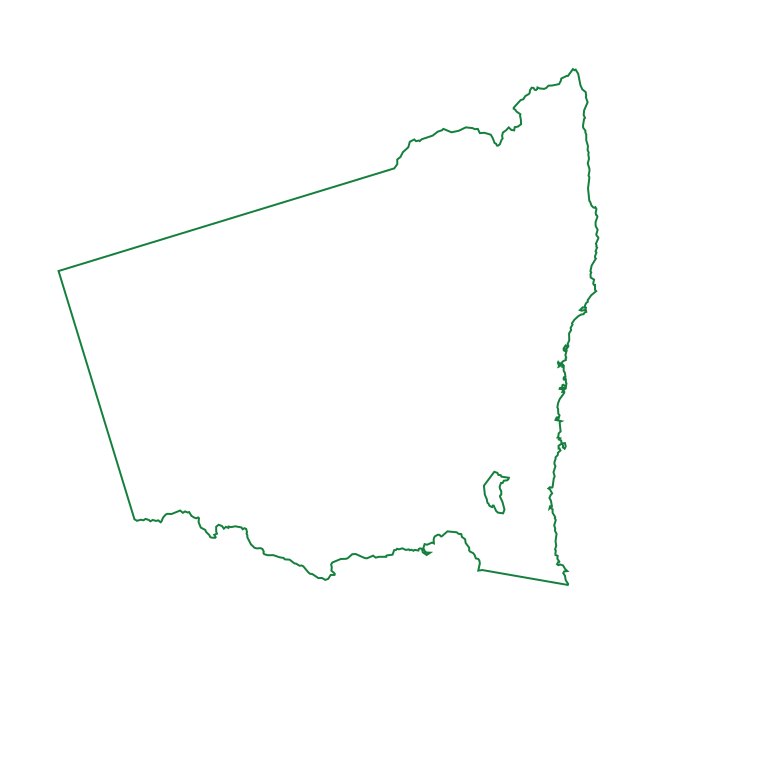 an SVG outline of New South Wales, rotated 343°
{"feature_id": "AUS-2654", "entity_name": "New South Wales", "entity_type": "State", "adm_level": 1, "iso_a3": "AUS", "parent_name": "Australia", "parent_adm1": "", "projection": "mercator", "projection_center": [149.115, -32.83], "detail": "fine", "context": "isolated", "style": "outline", "palette": "green", "viewbox_px": 768, "rotation_deg": 343, "n_neighbors": 0, "source": "natural_earth", "source_scale": "10m", "svg_char_len": 6155}
<svg xmlns="http://www.w3.org/2000/svg" viewBox="0 0 768 768"><g transform="rotate(343 384 384)"><path d="M656.7,138.1L657.8,139.6L659.2,139.4L660.4,144.1L659.2,155.9L659.8,160.2L662.2,163.8L661.7,167.2L660.9,168.8L661.1,174.1L655.4,180.8L653.6,185.1L654.0,188.4L652.8,189.1L649.9,195.0L649.4,197.1L650.7,200.8L650.1,202.2L650.4,204.5L648.7,209.9L648.6,216.1L647.1,219.8L647.4,222.6L646.5,224.2L645.9,228.5L643.3,232.7L643.4,238.0L642.8,240.3L640.5,244.6L640.9,246.0L640.2,247.9L636.3,256.6L633.9,268.9L634.4,269.8L634.6,274.1L635.9,276.5L636.8,277.0L637.9,276.7L638.3,278.8L636.5,282.2L636.2,284.1L637.0,285.2L637.0,286.5L633.6,291.1L632.6,294.9L633.4,299.0L630.8,302.9L630.7,304.2L631.8,306.4L631.5,307.4L627.6,311.9L627.8,313.5L627.2,314.8L627.7,315.8L625.1,318.9L625.6,320.4L623.1,323.5L622.8,325.2L623.3,326.0L617.2,331.4L614.4,336.5L614.8,337.9L613.6,339.3L612.8,342.6L615.4,345.6L613.5,348.9L613.6,350.5L614.8,350.9L613.3,355.6L614.1,357.2L608.1,359.7L603.3,363.4L603.0,364.9L600.8,365.8L598.8,368.2L598.6,369.1L600.0,370.6L596.4,368.8L593.0,370.6L594.4,371.7L598.7,372.0L598.5,374.2L597.0,374.2L595.2,375.6L593.0,375.2L589.7,375.9L584.9,378.2L581.5,380.9L581.7,382.2L578.8,385.0L578.7,387.2L575.8,389.7L573.9,396.5L571.4,399.3L571.4,401.8L569.0,403.7L570.1,401.0L569.0,400.2L566.3,402.4L567.0,403.7L565.8,404.0L566.2,405.1L567.2,405.5L568.1,404.3L568.5,405.4L565.9,409.4L566.0,412.1L565.2,412.5L565.0,414.2L562.3,414.5L558.8,416.1L558.0,416.0L557.1,413.9L556.5,414.6L556.6,416.7L557.4,417.1L556.2,418.5L557.3,418.4L558.7,416.6L559.5,416.5L560.0,416.9L559.3,420.6L560.6,417.6L561.3,419.0L559.9,423.0L559.7,424.7L560.3,425.8L559.7,430.0L558.0,430.2L557.2,431.6L557.5,432.6L558.2,432.7L559.0,431.6L559.3,432.4L558.4,435.9L558.7,436.7L557.3,439.5L555.2,437.1L554.3,437.3L553.5,439.3L551.0,439.3L550.5,440.0L552.6,441.0L553.4,440.2L556.5,440.5L556.5,441.4L553.5,442.2L552.3,443.7L554.1,444.0L553.8,445.1L547.5,449.9L544.9,453.2L543.0,456.9L543.2,458.6L542.0,463.3L542.7,465.2L540.7,468.3L539.9,468.1L540.2,466.6L539.3,466.5L537.5,468.5L542.7,471.4L541.2,471.6L540.6,472.7L539.0,481.0L536.6,482.3L535.4,485.1L534.3,486.0L536.6,487.4L535.1,488.3L536.9,489.8L536.5,492.0L537.3,492.9L539.8,493.5L539.5,496.9L537.8,498.7L536.5,496.9L537.2,495.4L536.9,493.5L536.1,493.1L532.9,494.1L532.1,496.8L533.0,497.0L533.3,499.2L530.3,500.5L529.3,502.8L526.7,504.2L526.0,506.1L524.3,508.3L523.6,510.2L523.9,512.8L520.3,517.9L520.2,522.3L518.7,524.0L515.1,531.8L514.3,532.2L512.5,531.2L510.7,532.0L511.9,533.3L512.8,537.8L510.7,539.1L508.9,541.3L509.5,544.5L508.8,550.2L507.0,549.5L505.9,551.4L506.8,551.0L508.6,553.1L507.6,556.3L508.6,560.6L508.7,561.7L508.1,562.2L508.5,564.3L505.4,569.0L505.5,572.1L504.6,574.2L505.2,577.8L502.1,584.4L501.4,589.0L499.2,592.3L499.6,593.5L498.3,596.4L498.0,597.7L499.8,599.1L498.7,601.8L499.7,605.1L499.3,605.5L498.8,605.0L496.8,606.9L497.7,608.2L499.9,608.2L502.2,609.9L503.1,613.8L504.6,616.5L501.6,615.9L500.1,617.3L501.0,620.3L500.4,624.6L501.6,629.1L501.0,629.9L423.7,590.7L419.6,590.0L423.2,583.6L423.6,580.5L422.9,578.8L420.8,577.6L420.7,574.4L419.9,571.9L417.1,569.2L416.8,568.0L417.6,565.5L415.6,559.8L416.2,556.2L413.8,553.0L414.0,550.1L411.5,549.1L410.2,547.1L401.6,543.5L394.6,546.6L393.8,546.3L393.0,544.5L391.4,543.9L388.1,544.6L386.9,545.7L386.0,547.3L385.1,551.0L383.6,549.7L378.2,550.3L376.0,549.0L373.6,552.5L374.2,556.0L375.4,557.6L378.8,558.8L374.8,560.0L371.9,556.3L372.1,552.7L370.3,551.7L369.0,552.0L368.2,553.3L364.8,551.6L363.4,552.1L361.9,550.6L360.0,550.5L359.4,549.4L356.4,549.1L353.5,546.5L350.1,546.5L348.3,545.4L346.9,546.2L345.1,545.9L342.3,549.7L336.8,548.8L335.9,549.0L335.6,549.9L328.8,547.8L325.3,547.6L323.4,545.0L316.7,545.7L314.8,544.9L307.2,538.3L303.8,537.5L298.6,539.9L296.7,540.1L291.6,538.7L282.4,539.6L280.7,541.1L280.4,544.3L279.1,547.1L281.0,550.1L281.4,551.2L280.9,552.1L277.2,551.0L273.7,554.0L270.6,554.2L268.0,551.4L264.5,550.4L259.7,544.6L257.9,544.0L256.6,542.1L253.5,534.7L252.2,533.5L250.1,533.1L247.3,530.0L245.9,529.4L242.4,524.4L237.9,522.7L237.1,521.0L233.5,519.2L228.1,515.3L222.6,513.7L219.7,511.7L219.3,510.4L220.0,509.2L219.5,506.2L218.0,504.9L214.2,504.0L212.3,502.8L209.9,498.5L208.5,490.7L209.1,488.7L208.8,486.9L209.7,485.6L209.8,482.3L208.4,481.1L206.4,481.6L205.7,479.5L200.2,476.6L196.1,476.2L193.7,474.9L193.1,476.1L191.0,474.4L188.6,475.5L187.5,472.4L184.7,470.3L181.8,471.4L180.4,476.0L180.5,478.3L177.6,478.6L178.2,481.3L177.4,481.7L174.0,480.4L172.9,479.3L172.9,477.7L170.5,473.1L170.5,471.4L166.8,467.7L166.3,461.9L167.8,458.2L167.3,457.3L165.1,457.5L163.3,456.1L161.3,453.8L160.2,449.5L158.7,449.5L156.5,447.7L154.0,448.4L152.1,445.4L142.9,446.2L138.8,444.8L136.9,445.1L133.6,447.2L130.8,450.6L129.9,450.9L128.3,448.4L126.0,448.3L123.1,446.4L120.4,447.0L119.4,445.3L116.5,443.3L114.2,444.0L111.7,442.7L107.8,442.6L105.8,440.3L105.8,180.8L456.9,180.8L461.0,177.6L462.3,173.2L466.1,171.7L469.9,167.8L476.5,164.7L479.5,159.9L484.4,159.0L485.6,161.1L488.6,161.4L489.2,162.1L491.7,161.0L503.1,160.7L509.2,158.4L513.6,158.3L515.4,157.4L522.1,163.0L529.6,163.7L537.2,162.5L543.4,165.1L545.4,166.9L548.3,167.5L549.0,172.1L553.4,173.1L559.0,176.8L559.9,180.8L560.2,185.8L561.4,187.0L561.8,189.1L562.9,189.4L564.9,188.6L567.6,185.1L569.2,183.9L569.5,181.2L571.2,178.3L575.1,177.0L578.3,175.1L580.1,178.3L582.6,179.5L584.1,176.6L587.2,177.0L591.0,175.7L592.2,171.2L592.5,167.5L593.3,165.9L590.5,162.4L589.7,160.0L588.5,158.7L588.8,157.7L597.6,152.5L600.6,152.4L603.2,150.0L607.4,149.0L608.5,148.1L609.4,145.9L611.8,143.8L613.6,144.6L614.1,146.6L615.2,147.3L616.5,146.9L617.5,145.3L619.2,146.8L623.4,148.6L625.5,148.4L628.5,146.8L632.0,147.7L639.1,148.4L641.7,145.8L642.9,143.7L648.7,142.8L650.0,143.2L656.7,138.1ZM473.6,512.1L475.0,511.5L476.0,510.2L469.2,506.9L468.9,505.3L466.8,504.4L466.4,502.1L463.8,500.2L449.8,510.5L448.1,519.3L448.6,524.1L448.2,527.9L449.0,529.1L449.2,531.2L450.8,532.9L451.5,533.3L452.5,532.1L453.3,532.3L454.1,538.1L455.3,540.3L460.1,542.5L462.5,539.3L462.8,531.3L462.0,525.6L462.5,524.6L463.8,524.1L464.8,520.7L464.3,518.4L464.5,516.1L467.0,512.8L468.5,513.3L470.4,511.5L473.6,512.1Z" fill="none" stroke="#15803d" stroke-width="2"/></g></svg>